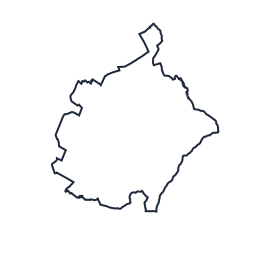 Odobesti, Bacau, Romania, rotated 69°
{"feature_id": "2599482B55659261713862", "entity_name": "Odobesti", "entity_type": "district", "adm_level": 2, "iso_a3": "ROU", "parent_name": "Romania", "parent_adm1": "Bacau", "projection": "robinson", "projection_center": [27.145, 46.672], "detail": "fine", "context": "isolated", "style": "outline", "palette": "slate", "viewbox_px": 256, "rotation_deg": 69, "n_neighbors": 0, "source": "geoboundaries", "source_scale": "gbopen_adm2", "svg_char_len": 5705}
<svg xmlns="http://www.w3.org/2000/svg" viewBox="0 0 256 256"><g transform="rotate(69 128 128)"><path d="M164.2,45.2L159.9,43.8L158.1,43.5L157.2,43.5L155.7,44.0L155.3,44.0L153.6,43.4L153.4,43.5L152.1,43.8L151.2,44.3L150.2,45.2L148.6,45.9L146.3,47.6L144.9,48.4L143.8,49.5L142.7,50.2L141.4,50.4L140.4,50.8L139.4,51.5L139.0,51.9L138.6,52.8L138.2,53.2L137.9,54.2L136.2,55.5L135.9,56.4L134.0,59.5L131.3,59.2L129.9,58.9L126.6,59.1L126.1,59.2L125.7,59.4L123.9,59.9L122.5,60.5L122.0,60.5L121.8,61.1L121.6,61.0L121.5,60.6L119.4,61.1L118.5,60.8L117.9,60.4L117.2,60.0L116.9,60.2L116.9,60.9L116.8,61.0L115.2,60.5L115.1,60.3L115.1,59.2L114.3,59.0L113.7,58.5L112.6,58.5L111.7,58.7L111.2,59.6L109.7,60.0L110.0,60.6L109.5,60.7L109.2,60.9L108.5,60.7L108.5,61.1L108.4,61.2L108.2,61.1L108.0,60.5L107.6,60.4L107.5,60.5L107.4,61.0L107.1,61.0L107.0,60.2L106.9,60.0L106.0,60.3L106.0,60.7L105.9,60.9L105.4,61.0L105.2,60.8L104.9,60.1L104.0,60.5L103.7,60.9L102.9,61.2L102.7,60.7L101.7,60.8L101.0,60.9L101.1,61.4L101.1,61.9L100.9,61.8L100.3,61.4L100.2,61.7L100.8,62.4L100.6,62.8L100.3,62.7L99.1,63.3L96.8,64.0L96.4,64.3L96.5,64.7L97.4,66.2L97.7,66.4L99.0,66.5L99.0,67.8L98.9,68.8L97.3,69.2L96.6,69.5L93.9,71.4L92.4,74.7L92.1,75.0L91.6,75.3L90.4,75.5L88.9,75.6L87.1,75.4L86.8,75.6L86.3,75.6L83.0,74.7L81.7,74.6L79.1,74.7L78.6,81.4L75.9,81.3L72.8,79.8L72.0,79.5L71.5,79.1L71.1,78.0L69.7,76.4L69.2,75.5L67.9,74.1L65.8,71.4L65.0,71.2L63.5,71.2L62.2,71.4L61.5,71.2L60.8,68.4L58.9,64.8L57.7,64.8L57.0,64.6L55.9,64.3L54.3,63.5L53.8,63.4L52.2,63.5L50.4,63.4L49.0,62.9L48.7,62.9L46.8,64.0L46.1,64.5L44.3,64.8L43.7,65.0L42.1,66.1L40.8,66.3L40.2,66.5L39.8,66.8L39.9,67.2L39.9,67.6L40.3,68.1L40.8,69.1L40.8,69.6L41.5,71.5L42.2,71.4L42.2,71.8L41.9,72.3L42.3,72.9L43.0,75.0L43.9,76.9L44.0,77.6L44.0,78.4L44.2,78.6L44.3,79.0L44.1,79.3L44.3,83.7L54.3,82.1L60.9,81.6L64.2,81.5L64.5,83.3L65.8,88.0L66.3,90.3L66.8,93.0L67.0,94.4L67.2,94.7L68.8,103.1L69.4,108.1L69.5,109.0L69.3,109.8L67.6,115.3L68.4,115.2L71.2,115.4L70.6,121.8L70.8,128.8L71.1,129.2L71.7,130.5L71.5,131.1L74.3,133.9L78.2,138.0L77.7,138.1L77.4,138.2L69.9,143.7L70.0,143.8L70.2,144.3L70.6,145.1L71.2,144.6L71.4,144.6L71.8,145.5L72.4,145.8L73.2,146.7L70.8,148.0L70.8,148.4L70.9,149.5L70.8,149.8L68.9,150.5L68.3,150.9L68.1,151.1L68.8,152.5L68.4,153.0L67.9,153.7L68.2,153.8L69.3,155.2L69.7,155.2L70.0,155.7L66.6,157.3L66.4,157.5L66.5,157.6L66.6,157.8L70.2,161.7L70.8,162.0L71.5,162.5L75.1,166.2L76.5,169.1L77.2,170.0L78.5,170.7L81.5,171.1L82.9,171.1L88.9,167.1L88.6,165.4L89.6,165.1L92.4,163.8L92.7,163.8L93.4,164.4L98.7,169.1L98.1,169.5L96.8,170.8L94.1,173.0L93.8,173.6L93.0,174.4L93.0,175.5L92.9,175.9L93.1,176.6L93.1,178.6L92.9,181.2L92.4,182.1L92.6,182.5L93.2,183.5L93.8,184.3L107.5,197.1L108.4,197.9L108.8,198.1L112.9,198.2L113.2,197.7L113.4,197.6L114.4,197.6L117.5,198.0L118.2,198.4L119.2,198.4L120.5,198.9L121.0,198.4L126.5,194.0L128.6,196.1L134.6,201.7L130.8,205.2L132.0,205.6L133.0,207.0L133.3,207.7L133.6,209.3L134.2,211.3L134.7,211.9L135.0,212.2L135.9,212.3L144.0,212.6L144.5,211.3L144.1,210.5L153.6,202.6L159.0,198.3L160.0,199.9L160.4,201.2L161.5,203.0L161.9,204.1L162.2,205.9L162.6,206.9L163.2,208.0L164.5,209.1L165.2,208.9L165.0,208.4L164.6,207.7L164.6,207.4L164.6,207.2L165.1,207.1L165.1,206.8L165.8,206.4L165.7,206.2L167.1,205.7L167.3,205.5L167.7,205.4L168.0,205.6L168.3,205.6L168.2,205.1L168.3,204.9L168.4,204.0L169.5,203.7L174.8,200.4L174.9,200.1L175.0,199.6L174.6,199.3L174.6,199.1L175.0,198.8L175.7,198.5L175.7,198.2L175.6,197.3L174.9,197.7L174.5,197.7L174.3,197.5L174.2,197.0L174.6,196.5L174.9,195.9L174.9,195.6L174.8,195.1L175.0,195.0L175.5,195.6L176.2,195.5L176.3,195.2L176.5,195.1L176.8,195.2L177.5,194.8L178.0,194.3L179.3,193.9L179.2,193.6L179.6,193.1L179.8,192.7L180.3,192.6L180.4,191.6L180.9,190.4L181.0,190.4L181.6,189.4L181.2,188.9L181.3,188.1L182.8,186.0L183.4,185.0L183.6,184.4L183.6,183.5L183.1,181.5L184.0,181.6L187.9,181.2L188.5,181.3L189.6,181.3L192.1,177.8L193.2,176.1L195.1,174.2L196.9,171.7L197.4,171.0L197.6,170.2L198.2,169.3L199.1,167.5L199.0,167.3L199.0,166.8L199.3,166.3L200.1,165.3L200.6,164.1L200.5,163.1L200.1,162.4L199.8,161.7L199.7,160.6L199.3,158.7L198.7,156.4L198.8,154.5L199.0,154.1L199.0,153.3L198.8,152.7L198.4,152.4L196.4,152.0L195.0,151.5L194.4,151.7L193.7,151.5L192.8,151.2L191.1,149.8L190.1,148.5L189.9,147.8L190.0,146.3L190.4,145.1L190.6,144.6L191.2,144.1L191.2,143.8L190.6,142.3L190.8,141.4L191.3,140.5L192.1,138.8L191.7,137.5L192.7,137.1L193.3,137.1L195.5,136.6L197.9,135.6L199.8,134.4L200.1,134.6L200.8,135.3L201.1,136.0L201.4,136.1L202.0,136.7L202.4,136.9L202.7,137.5L202.8,138.2L204.0,139.6L204.3,139.5L204.4,139.4L204.7,139.4L205.0,139.6L206.5,140.1L206.9,140.0L207.4,140.0L208.8,140.5L209.8,140.4L210.3,140.7L210.8,140.7L211.3,140.9L211.6,140.9L212.0,141.2L214.1,136.0L214.5,134.3L216.2,131.5L213.0,130.1L211.2,128.9L210.3,127.7L208.7,126.2L204.6,123.6L203.1,122.7L202.7,122.4L201.9,121.6L201.7,121.3L201.6,120.9L201.4,120.5L200.8,119.8L200.4,118.5L199.2,117.0L196.9,114.7L196.4,114.0L196.2,113.3L194.9,111.7L194.0,110.8L193.8,110.3L193.3,108.9L193.2,107.1L192.4,105.4L189.7,103.3L189.5,102.9L189.0,101.0L188.6,100.1L187.2,98.3L186.2,96.7L185.7,96.4L183.4,95.3L181.6,94.1L180.9,93.2L180.8,92.9L180.6,92.1L180.2,91.3L179.2,90.4L178.2,89.2L177.4,88.7L174.7,87.3L173.9,86.7L173.7,86.2L173.6,85.8L174.4,84.2L174.6,82.7L173.8,81.3L173.4,79.7L173.5,79.2L172.9,78.4L172.7,77.6L172.0,76.3L170.6,74.7L170.2,73.9L170.1,72.4L169.4,70.5L168.7,69.1L168.2,66.6L167.2,65.2L165.6,63.7L165.1,63.1L164.4,62.0L163.5,60.1L163.5,59.6L163.8,58.9L163.9,58.2L163.6,56.6L163.6,56.0L163.7,55.3L164.1,54.7L163.8,53.3L163.3,51.9L163.0,50.5L163.0,50.0L163.4,49.1L164.0,47.3L164.2,46.7L164.2,45.2Z" fill="none" stroke="#1e293b" stroke-width="2"/></g></svg>